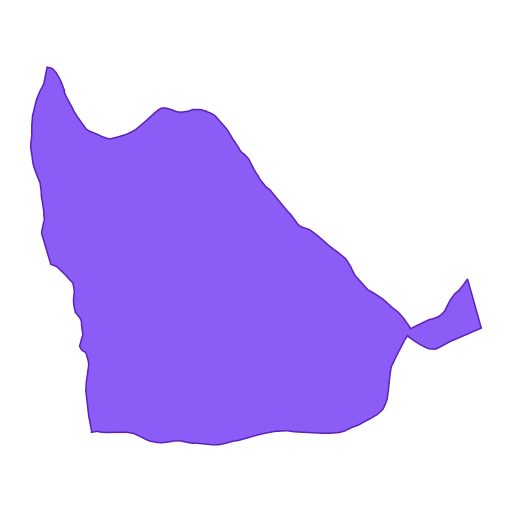 the district of Cap Estate/Golf Park, Gros Islet, Saint Lucia
{"feature_id": "8701671B13840593777950", "entity_name": "Cap Estate/Golf Park", "entity_type": "district", "adm_level": 2, "iso_a3": "LCA", "parent_name": "Saint Lucia", "parent_adm1": "Gros Islet", "projection": "robinson", "projection_center": [-60.937, 14.101], "detail": "fine", "context": "isolated", "style": "filled", "palette": "violet", "viewbox_px": 512, "rotation_deg": 0, "n_neighbors": 0, "source": "geoboundaries", "source_scale": "gbopen_adm2", "svg_char_len": 5718}
<svg xmlns="http://www.w3.org/2000/svg" viewBox="0 0 512 512"><path d="M481.3,328.1L467.7,279.6L467.1,279.4L463.6,284.6L459.4,289.8L458.7,290.5L454.5,294.2L450.4,299.9L447.6,305.1L444.7,311.1L443.9,311.9L441.6,314.3L438.5,316.6L433.1,318.7L428.9,319.7L413.7,327.1L410.4,328.7L410.0,327.8L408.8,325.5L407.3,323.7L405.9,321.6L404.8,319.8L403.2,317.9L400.9,315.1L398.1,312.2L395.6,310.1L392.8,308.0L390.5,306.0L387.9,303.6L385.6,301.6L383.2,299.3L380.0,297.2L376.6,294.8L373.5,292.9L370.2,291.0L368.0,289.9L355.5,276.0L354.5,274.5L352.8,271.1L350.5,266.3L347.6,261.6L345.4,258.5L341.7,255.4L337.2,251.8L333.0,248.8L328.4,245.2L324.6,241.7L321.8,239.3L317.6,235.7L314.1,233.0L309.7,229.7L302.9,227.4L299.6,225.8L297.7,224.0L293.1,217.7L290.9,214.7L287.9,211.6L287.3,211.0L269.8,189.7L268.3,188.6L266.9,187.6L265.1,186.0L264.1,184.4L262.7,182.9L260.9,180.6L259.3,178.3L258.2,176.0L256.7,174.1L255.3,171.6L254.0,169.5L253.0,167.4L252.1,165.7L251.1,163.8L250.7,162.8L249.1,159.8L247.6,157.7L245.4,155.4L244.0,153.8L242.6,153.2L241.0,151.6L239.5,149.3L237.8,146.4L236.1,143.9L234.8,141.8L232.8,139.1L231.2,136.2L229.9,134.1L228.6,131.9L227.1,129.6L224.7,126.7L224.3,126.2L216.1,116.9L214.8,115.6L213.6,114.7L212.1,113.8L210.3,113.0L208.8,112.3L207.5,112.1L206.2,110.9L204.0,110.7L202.5,110.1L200.4,109.5L198.8,109.6L195.3,109.5L192.6,109.6L191.4,110.1L189.7,110.8L188.1,111.2L186.0,111.5L182.6,112.1L181.8,112.1L179.2,112.1L178.1,111.9L176.1,111.5L174.8,111.0L173.0,110.2L172.1,109.8L170.1,109.2L167.4,108.5L166.8,108.3L164.8,108.0L162.8,108.0L161.0,108.3L159.9,109.0L158.1,110.0L157.3,110.8L156.3,111.6L155.4,112.2L154.5,113.0L153.6,113.9L152.3,115.1L150.3,116.8L146.5,120.4L143.2,123.2L139.1,126.7L135.9,129.4L131.3,132.0L125.8,134.6L122.0,135.7L117.4,137.1L112.9,138.2L110.1,138.9L107.2,138.4L103.2,137.0L102.3,136.7L97.1,134.2L92.8,132.5L88.7,130.7L86.1,129.0L76.9,116.1L75.9,114.2L74.5,112.4L73.5,110.4L72.5,108.2L70.5,104.5L69.4,102.5L68.4,100.5L67.2,98.3L65.8,95.6L65.1,94.0L64.2,91.7L64.5,90.5L64.3,89.9L63.4,88.0L63.0,86.8L62.6,85.4L61.8,83.7L61.1,81.7L60.4,80.5L59.9,79.3L59.1,77.8L58.2,76.1L57.3,74.7L56.2,72.7L55.1,71.5L53.9,70.2L52.8,69.0L52.1,68.5L50.2,67.7L48.8,67.6L48.3,67.4L47.1,67.2L43.9,83.3L43.5,84.2L42.8,85.8L41.9,87.8L41.1,89.0L40.5,90.0L39.8,91.6L38.8,94.0L38.0,96.0L37.1,97.9L36.5,99.7L36.2,100.7L32.4,116.4L32.4,118.5L31.9,123.3L31.8,126.3L31.8,128.7L31.7,132.4L31.9,135.1L31.6,137.1L31.3,139.7L30.9,142.6L30.7,145.5L30.8,148.5L31.3,151.5L31.8,154.6L32.2,157.4L32.5,160.1L32.9,162.9L33.4,165.0L34.3,168.0L35.2,170.7L36.6,174.5L37.7,177.3L38.9,180.0L39.5,181.7L40.2,183.0L40.3,184.9L40.9,189.3L41.2,191.9L41.3,194.5L41.4,196.1L41.5,197.5L41.9,199.5L42.3,201.4L42.7,203.5L42.9,205.0L43.2,207.3L43.5,209.6L43.9,213.0L43.8,215.1L44.3,218.7L44.3,220.2L43.8,222.1L43.5,223.0L42.6,227.2L41.9,231.0L41.6,233.4L50.8,264.3L53.0,265.1L56.7,266.6L60.4,270.1L65.4,274.9L68.9,278.9L71.4,281.5L72.8,282.8L74.3,290.6L74.2,292.9L73.9,294.9L73.7,296.9L73.6,298.9L73.5,301.6L73.9,305.5L74.7,309.3L75.0,311.1L75.3,312.3L75.9,313.1L76.7,313.9L78.2,315.9L79.2,316.9L80.3,318.8L81.2,320.8L81.5,321.8L81.5,323.9L81.5,325.2L81.9,326.7L81.9,328.7L82.2,330.4L82.5,331.9L82.8,333.7L82.8,335.2L81.7,338.2L80.5,343.1L79.7,345.5L79.6,346.4L80.5,348.0L81.5,349.6L82.1,350.5L83.7,351.2L85.2,352.3L86.0,353.2L86.6,355.1L87.1,357.1L87.7,358.9L88.2,360.7L88.4,361.8L88.6,363.6L88.7,364.7L88.5,366.6L88.2,368.7L87.7,372.0L87.3,375.6L86.9,378.0L86.5,380.3L86.4,381.5L85.8,390.4L88.7,415.8L91.6,431.2L91.5,432.3L93.5,432.0L95.1,431.7L96.2,431.4L96.9,431.3L99.1,431.8L99.5,431.9L100.1,432.0L103.0,432.3L105.5,432.4L107.6,432.5L109.8,432.4L111.5,432.4L117.2,432.3L124.6,432.3L126.6,432.3L127.6,432.3L130.1,432.8L132.1,433.1L132.6,433.2L133.1,433.2L135.9,434.5L137.8,435.3L139.6,436.2L140.2,436.5L140.8,436.8L143.2,438.1L146.2,439.5L148.5,440.6L149.6,441.0L150.6,441.2L153.9,441.8L156.1,442.4L158.2,442.5L160.7,442.7L162.0,442.8L163.3,442.5L165.9,442.3L166.4,442.2L167.1,442.1L168.5,441.9L171.6,441.5L173.1,441.0L173.6,441.0L174.5,441.0L179.0,440.8L179.7,440.8L185.6,442.0L189.7,442.8L192.0,443.2L192.5,443.3L193.1,443.3L194.1,443.2L195.2,443.2L196.6,443.1L198.5,443.4L204.2,443.9L210.8,444.6L213.6,444.8L214.4,444.8L216.1,444.8L216.6,444.7L218.9,444.7L219.7,444.5L223.3,443.8L224.3,443.6L229.4,442.2L233.2,441.2L234.2,441.0L235.6,440.9L236.1,440.8L237.5,440.6L240.9,439.8L245.1,438.5L248.3,437.7L251.1,436.8L254.6,435.8L257.3,435.0L259.3,434.6L260.1,434.4L261.8,433.9L262.3,433.7L262.8,433.7L263.3,433.6L264.2,433.4L264.9,433.2L266.8,432.9L267.5,432.8L268.8,432.6L269.4,432.4L270.0,432.3L272.2,431.9L273.0,431.7L273.6,431.6L275.2,431.4L278.5,431.2L282.8,430.9L286.9,430.8L288.1,430.8L291.8,431.4L293.3,431.7L295.8,431.8L297.4,431.9L298.3,432.0L310.3,432.6L317.9,433.0L318.8,433.0L323.0,433.3L323.8,433.3L325.8,433.2L328.7,433.3L329.8,433.1L332.2,433.1L333.7,433.0L334.8,432.8L336.1,432.7L336.9,432.7L337.4,432.6L338.0,432.6L338.7,432.5L339.1,432.5L340.0,432.3L342.2,431.7L344.7,431.0L350.4,428.2L351.1,427.8L351.9,427.4L352.5,427.2L357.9,425.3L360.8,423.7L361.7,423.2L364.7,421.5L369.7,419.0L373.0,417.0L374.5,416.1L376.2,415.1L376.8,414.8L377.2,414.5L382.8,409.4L385.3,404.4L386.2,401.7L387.2,399.0L388.4,389.8L389.0,384.4L389.7,377.3L390.2,373.5L390.3,372.5L391.3,366.5L393.0,363.3L394.9,359.2L398.1,352.7L401.8,345.6L404.0,341.4L404.8,339.8L407.2,336.1L407.7,335.6L408.2,336.4L408.5,336.8L411.3,338.8L412.3,339.5L413.7,340.5L417.2,342.7L420.1,344.5L425.0,347.1L426.5,347.8L427.7,348.3L428.4,348.5L429.2,348.8L431.8,349.0L435.9,349.1L438.2,347.9L441.0,346.5L445.2,344.2L449.0,342.1L451.1,341.1L451.7,340.8L459.9,337.4L463.8,335.6L466.3,334.6L470.2,332.9L471.9,332.1L481.3,328.1Z" fill="#8b5cf6" stroke="#5b21b6" stroke-width="1.5"/></svg>